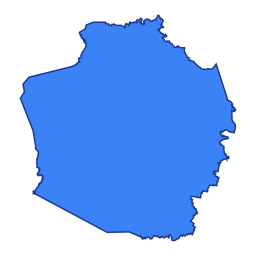 Central Highlands (Tas.), Tasmania, Australia
{"feature_id": "25037944B68362175930798", "entity_name": "Central Highlands (Tas.)", "entity_type": "district", "adm_level": 2, "iso_a3": "AUS", "parent_name": "Australia", "parent_adm1": "Tasmania", "projection": "mercator", "projection_center": [146.609, -42.197], "detail": "fine", "context": "isolated", "style": "filled", "palette": "blue", "viewbox_px": 256, "rotation_deg": 0, "n_neighbors": 0, "source": "geoboundaries", "source_scale": "gbopen_adm2", "svg_char_len": 5777}
<svg xmlns="http://www.w3.org/2000/svg" viewBox="0 0 256 256"><path d="M149.9,21.3L150.2,20.9L150.0,20.3L148.1,19.2L145.7,19.3L145.2,20.2L144.3,20.7L143.6,21.5L143.8,22.3L144.2,22.3L144.1,23.4L144.4,23.9L143.6,24.2L143.0,23.9L142.6,24.2L142.4,23.7L141.3,23.6L141.2,23.1L139.9,22.3L141.1,22.2L142.0,19.5L141.6,18.4L140.7,18.4L140.0,19.1L138.2,20.0L136.8,20.2L136.0,21.7L137.0,22.2L136.7,22.7L134.0,22.2L131.5,22.9L130.4,22.2L129.7,22.1L129.5,22.4L129.8,23.5L129.3,23.8L129.6,24.0L129.5,24.5L129.0,25.0L129.3,25.8L128.4,24.6L126.1,23.6L125.4,24.6L125.4,25.1L124.9,26.0L124.9,27.5L125.3,28.3L124.3,27.5L123.7,26.6L120.4,25.2L117.6,25.6L115.2,24.9L113.9,24.0L113.1,24.5L112.0,24.4L111.5,24.9L111.3,25.7L109.4,25.2L108.9,24.9L109.0,24.3L108.6,24.0L106.0,23.7L105.3,23.0L105.7,22.5L105.1,22.2L93.4,22.2L86.2,25.1L85.2,28.9L79.4,32.4L79.8,34.0L80.2,34.2L80.2,34.7L80.7,35.4L80.3,35.1L80.3,35.4L80.8,36.1L81.1,35.9L80.9,36.3L82.2,37.9L81.8,38.2L82.7,38.5L82.9,39.1L83.8,39.9L83.6,40.1L83.8,40.5L84.2,40.4L84.2,40.0L83.9,39.9L84.2,39.7L84.0,39.4L84.8,39.4L84.8,39.9L84.6,40.0L85.0,40.4L84.8,40.4L84.9,40.8L84.4,40.6L84.6,41.2L84.2,40.9L84.0,41.2L84.3,42.4L86.3,43.8L86.1,43.9L85.7,47.4L83.6,50.3L81.0,55.0L81.2,55.8L81.5,55.9L81.1,56.7L81.3,57.1L78.6,58.4L79.0,60.3L78.8,60.7L79.5,62.0L79.1,62.2L78.8,61.8L77.0,63.3L77.1,64.0L75.3,64.6L74.8,65.3L73.4,65.9L73.3,66.2L29.0,77.2L23.0,84.2L24.4,91.9L20.4,98.2L33.1,130.7L35.8,146.9L35.4,148.3L35.7,149.1L37.0,149.9L37.4,151.0L38.0,151.3L38.5,152.3L37.8,157.1L37.2,157.7L37.1,159.0L36.7,159.9L37.1,162.8L36.8,162.9L37.1,163.4L36.8,164.4L37.2,165.7L37.0,167.2L38.8,167.7L39.0,168.2L38.7,168.9L39.8,169.4L39.1,170.3L39.4,171.1L39.2,171.6L38.2,172.0L38.4,173.3L37.8,173.5L37.2,174.4L38.4,175.6L38.8,175.2L39.6,175.4L40.3,174.7L40.9,175.4L41.9,175.2L42.4,175.5L42.3,176.2L43.0,177.1L42.8,177.6L43.0,177.9L42.3,178.0L43.0,179.5L42.7,179.2L41.7,179.9L41.8,180.5L41.2,181.7L41.6,181.8L41.6,182.2L40.7,183.1L40.2,182.9L40.1,183.4L39.6,183.3L39.4,183.8L38.8,184.1L38.5,185.4L38.9,185.3L38.5,186.3L37.9,187.1L37.2,187.2L36.3,189.2L35.4,189.8L35.0,191.1L34.7,190.9L33.1,191.5L33.5,192.8L34.5,192.3L35.2,192.9L34.8,193.4L34.1,193.3L33.6,193.7L35.4,194.0L107.1,232.3L129.2,231.9L140.0,236.5L140.4,236.6L140.4,236.1L141.2,236.7L141.1,237.0L142.1,237.6L142.0,238.4L142.6,239.0L142.8,238.8L142.6,238.1L142.9,237.7L143.9,238.6L144.2,238.5L143.9,238.0L144.8,237.5L145.6,237.8L145.7,238.2L146.0,237.6L147.1,237.6L148.1,236.9L149.0,237.2L149.9,238.5L151.6,238.9L154.0,235.4L154.9,236.0L156.5,236.1L155.9,236.4L156.2,236.6L157.7,236.3L158.3,237.1L159.5,237.4L159.8,237.8L160.3,237.7L160.7,236.9L161.1,237.2L161.7,236.7L162.5,236.6L163.6,237.8L164.4,237.8L165.3,237.4L166.6,236.1L167.6,236.6L168.9,237.8L169.4,237.1L168.6,236.2L168.6,235.7L169.1,234.9L169.8,234.6L170.4,235.0L171.6,236.7L171.8,237.7L171.6,239.0L172.0,240.3L173.9,240.6L175.0,240.4L177.4,238.8L178.4,238.7L180.8,235.1L182.5,236.2L183.4,234.9L185.1,236.1L186.6,234.1L187.4,234.7L188.3,233.6L189.5,234.5L190.5,233.2L192.2,234.7L193.2,233.1L192.6,232.7L194.1,230.7L193.7,230.4L194.3,229.5L193.9,229.2L195.3,227.3L192.8,225.5L194.0,223.7L190.6,221.1L193.6,217.7L193.3,215.7L194.7,215.6L195.5,214.4L195.1,214.1L197.5,213.4L197.3,212.9L196.9,213.1L196.6,212.2L197.1,212.1L196.9,211.4L196.6,211.5L195.8,208.8L195.2,209.0L194.4,208.5L194.5,207.3L193.7,207.1L193.8,206.6L192.4,206.0L193.0,202.7L191.8,202.5L192.4,199.5L190.8,199.2L191.3,196.2L200.5,197.9L201.2,193.0L202.2,193.2L202.6,191.0L207.5,191.7L207.8,188.8L209.8,185.0L213.1,185.6L213.7,184.8L214.2,185.4L216.7,185.6L216.7,183.7L217.1,181.6L217.7,181.8L218.8,177.6L217.3,177.4L217.4,176.7L215.3,176.3L215.7,174.0L214.4,173.7L215.1,173.2L213.4,172.9L213.6,172.2L214.1,171.2L214.9,171.4L215.0,171.0L218.1,171.6L219.0,165.2L219.5,165.1L218.8,164.0L219.5,163.6L219.0,163.2L218.4,163.6L218.1,163.3L219.6,162.4L219.8,162.7L220.7,162.5L221.0,160.8L222.2,160.5L223.9,159.1L226.0,159.0L226.6,159.7L226.4,157.9L227.3,157.9L228.2,158.7L228.8,158.3L228.9,157.8L228.5,157.4L228.6,156.6L227.0,156.8L226.0,154.8L225.1,154.6L225.4,154.0L224.6,153.8L224.9,153.3L224.3,152.5L224.0,150.6L223.6,149.9L224.1,147.5L223.7,146.3L221.1,144.5L221.1,144.1L219.8,143.7L219.4,142.6L221.3,140.8L223.5,139.4L228.2,138.5L227.6,136.7L226.2,137.0L224.1,136.4L223.4,136.8L222.8,136.6L224.7,136.1L220.7,134.6L221.0,132.9L220.3,132.8L220.5,131.8L221.7,131.0L222.4,132.0L225.8,129.6L230.0,132.0L234.2,132.7L234.4,130.6L234.7,130.6L235.4,126.6L235.0,124.3L232.0,120.1L231.8,110.5L232.8,111.5L233.9,110.9L234.5,111.3L234.4,110.5L235.3,111.1L234.8,110.4L235.6,109.9L233.9,107.5L233.0,108.0L232.1,106.4L232.7,106.1L231.7,104.7L232.6,104.1L230.8,101.6L227.8,100.3L216.2,64.1L212.2,69.2L207.6,68.7L206.0,69.5L204.4,69.1L202.4,69.3L196.3,64.6L193.4,61.3L190.6,60.9L190.7,60.3L188.6,60.0L189.0,57.6L187.1,57.3L186.8,55.7L185.5,54.4L185.4,53.4L184.5,51.7L184.3,49.1L184.6,47.9L184.4,47.6L183.5,47.9L180.8,47.7L178.8,47.0L177.9,45.9L177.4,46.5L177.6,46.9L177.5,47.1L176.7,46.6L175.6,47.4L174.6,47.5L173.8,46.0L173.2,45.9L172.8,45.4L172.2,44.0L171.1,43.7L170.6,42.9L169.6,42.5L169.4,41.2L168.9,41.6L168.5,41.2L167.0,41.1L166.7,41.7L166.4,41.3L165.4,41.4L164.1,40.6L164.2,39.9L163.9,39.4L163.4,38.4L162.7,38.1L162.9,37.5L164.1,36.6L165.5,37.0L165.9,36.1L166.6,36.2L166.6,35.8L165.4,34.4L163.8,35.2L163.0,34.8L162.9,33.8L160.7,32.9L160.2,31.9L159.6,31.7L159.0,30.3L158.4,30.1L158.6,29.8L158.0,28.7L159.2,29.5L159.9,29.2L160.7,27.7L161.9,27.1L162.2,27.6L162.7,27.3L163.4,27.4L163.5,27.0L161.2,25.7L161.3,25.2L160.9,24.8L161.1,24.5L161.8,24.7L162.0,22.9L162.8,22.0L163.1,20.2L162.1,19.3L161.2,19.3L161.2,18.6L160.4,18.1L158.9,15.7L157.8,15.4L157.3,17.0L155.7,19.1L155.7,19.9L155.0,20.1L154.2,19.9L153.3,20.2L151.9,21.4L150.8,20.8L149.9,21.3Z" fill="#3b82f6" stroke="#1e3a8a" stroke-width="1.5"/></svg>